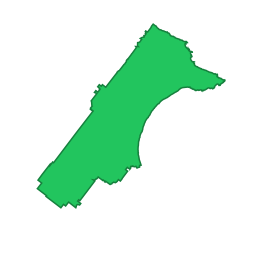 the district of Busselton, Western Australia, Australia, rotated 127°
{"feature_id": "25037944B46798430259876", "entity_name": "Busselton", "entity_type": "district", "adm_level": 2, "iso_a3": "AUS", "parent_name": "Australia", "parent_adm1": "Western Australia", "projection": "albers", "projection_center": [115.148, -33.685], "detail": "fine", "context": "isolated", "style": "filled", "palette": "green", "viewbox_px": 256, "rotation_deg": 127, "n_neighbors": 0, "source": "geoboundaries", "source_scale": "gbopen_adm2", "svg_char_len": 5560}
<svg xmlns="http://www.w3.org/2000/svg" viewBox="0 0 256 256"><g transform="rotate(127 128 128)"><path d="M204.1,168.4L216.6,168.6L223.8,168.5L223.9,163.8L231.0,163.9L231.1,152.3L232.0,152.3L232.1,133.6L227.8,133.5L227.8,130.9L222.9,130.8L223.1,121.7L222.0,122.0L221.1,122.5L220.0,122.5L219.3,122.0L218.6,120.3L216.7,120.3L216.7,124.2L215.0,124.2L215.0,122.7L190.3,122.6L190.3,124.5L189.8,123.6L188.9,123.0L188.5,122.9L187.6,122.9L187.6,122.5L187.1,122.3L185.7,122.2L185.1,122.3L185.1,116.6L184.5,116.6L184.5,114.3L185.0,114.3L185.0,113.7L184.0,113.7L183.9,108.4L183.7,108.4L182.6,107.5L182.1,107.3L181.5,107.5L181.0,107.4L180.4,106.9L179.8,106.8L179.7,106.3L179.5,105.9L179.4,105.4L179.2,105.1L178.4,104.9L178.2,104.7L177.3,104.6L177.2,104.5L175.0,104.6L175.0,102.2L174.9,102.2L172.7,102.1L171.2,102.3L162.7,102.3L162.7,104.9L159.9,104.9L160.0,103.5L159.9,103.2L159.7,103.1L159.7,102.8L159.6,102.6L159.7,102.3L159.5,101.9L159.7,101.7L159.0,101.7L158.6,102.0L158.2,101.8L157.5,102.4L157.4,102.6L157.2,102.7L157.0,102.4L156.6,102.4L156.5,102.2L156.3,101.8L156.1,101.4L155.8,101.4L155.8,101.6L155.7,101.6L155.4,101.4L155.4,100.1L154.9,99.3L153.8,98.6L154.3,97.6L154.2,97.4L154.6,97.0L154.4,96.6L153.7,96.2L153.3,96.1L152.3,95.2L151.4,95.7L150.9,96.3L149.8,95.2L148.1,97.6L146.7,99.7L143.9,102.7L143.0,103.9L141.8,104.9L141.6,104.8L140.6,105.9L140.1,106.2L139.0,107.2L137.5,108.2L137.0,108.6L135.7,109.2L134.7,109.9L132.1,111.6L131.7,111.5L129.4,112.7L128.2,112.9L127.1,113.7L126.5,113.9L124.5,114.5L122.4,114.6L121.4,115.1L120.7,115.2L119.3,116.0L117.7,116.7L116.5,116.9L114.7,117.6L113.1,117.9L111.9,118.3L109.4,118.5L108.4,118.5L107.5,118.2L106.5,118.5L104.6,118.4L102.4,118.9L99.8,119.2L98.7,119.0L96.8,119.1L96.5,118.9L95.5,119.0L92.8,118.7L92.2,118.8L90.3,118.4L90.0,118.0L87.4,118.0L85.0,117.4L83.4,116.8L82.7,116.3L80.7,115.4L79.7,114.8L78.7,114.7L77.4,114.1L77.2,114.2L75.2,113.5L73.8,112.8L72.9,112.5L71.4,111.9L70.9,111.8L70.3,111.3L69.5,111.1L68.8,110.7L67.8,110.4L66.2,110.3L65.7,110.0L64.6,109.8L62.9,108.7L59.3,104.9L59.0,104.1L58.0,103.1L58.1,102.8L58.5,102.5L58.2,101.8L58.4,101.4L58.3,101.0L57.9,100.6L58.1,99.8L57.4,98.8L57.6,98.0L57.3,97.2L57.5,96.8L57.3,96.5L57.1,96.5L57.1,96.2L55.6,95.2L55.6,94.5L55.0,94.2L54.8,93.6L54.4,93.5L53.5,92.7L53.9,91.9L53.9,91.2L53.7,91.3L53.0,91.1L52.7,90.7L52.8,90.3L52.7,90.1L52.3,90.0L51.9,90.0L51.1,89.3L47.6,88.0L47.2,87.4L47.2,87.1L47.1,86.8L47.2,86.4L47.3,86.5L47.2,86.3L47.0,86.0L46.1,85.6L45.7,84.9L45.9,84.2L45.7,84.0L45.4,84.1L45.2,83.7L44.9,83.5L43.9,83.3L43.9,83.6L42.3,83.8L39.9,83.5L39.2,83.2L38.8,82.6L38.8,82.1L39.1,81.4L38.8,81.4L38.6,81.1L38.9,80.7L38.8,80.3L38.3,80.1L38.0,80.4L37.3,80.5L36.9,80.2L35.9,80.0L34.9,79.5L34.5,79.7L34.0,79.3L33.8,79.3L33.7,79.5L33.4,79.5L32.6,79.0L32.2,79.3L31.8,79.2L31.4,79.4L31.4,79.7L31.9,79.8L31.8,80.1L32.2,80.9L32.3,81.6L32.5,81.7L32.5,83.2L32.4,83.6L32.8,84.0L32.8,84.8L33.3,85.5L33.2,86.1L33.4,86.1L33.3,86.6L33.4,87.4L33.4,87.7L33.1,87.7L33.0,88.0L32.3,88.1L31.9,88.7L31.6,88.7L31.5,88.9L31.6,89.0L32.0,88.9L31.8,89.2L32.0,89.2L32.3,89.8L32.2,91.0L32.6,91.2L32.8,91.7L33.0,91.8L33.0,92.2L33.2,92.5L33.3,94.0L33.8,95.5L34.1,95.6L34.4,96.9L34.6,97.2L34.6,97.9L34.9,99.1L35.1,100.7L35.5,101.1L35.7,102.1L36.0,102.8L36.0,103.2L36.6,104.1L36.6,104.7L36.5,105.0L36.8,105.2L36.7,105.5L37.0,106.8L37.1,107.0L37.2,107.5L37.5,109.0L37.3,109.3L37.5,109.9L37.7,110.1L37.9,111.7L37.7,112.7L37.1,113.2L36.9,113.8L36.2,114.0L36.2,114.4L36.2,114.5L36.1,114.9L36.3,114.9L36.1,115.2L36.2,115.5L36.1,115.4L36.0,115.7L35.7,115.6L36.4,116.6L35.6,119.1L34.9,119.8L34.0,120.4L33.5,120.4L33.0,119.9L32.3,120.0L32.0,120.7L32.1,120.9L31.9,121.0L31.9,121.5L31.5,121.5L31.4,121.9L31.3,122.4L31.2,122.5L30.7,123.1L30.1,123.4L29.1,123.1L29.2,124.5L29.6,124.7L29.6,125.3L29.4,125.9L29.2,126.0L28.7,126.0L28.3,126.5L28.3,126.8L28.6,126.9L28.5,127.2L28.8,127.3L28.6,127.6L28.8,127.5L28.7,127.7L28.9,128.0L28.8,128.7L28.7,128.7L28.6,130.0L28.4,130.9L28.0,131.6L27.1,132.7L26.1,133.2L25.8,133.1L25.8,132.7L25.6,132.9L24.9,132.6L24.7,132.3L24.3,132.3L24.1,132.1L23.9,132.8L24.0,132.9L23.9,133.3L23.9,133.7L24.4,134.1L24.7,134.6L25.0,135.0L25.2,135.4L25.4,136.2L25.3,137.6L25.8,138.2L25.8,138.7L26.1,139.1L26.2,139.8L26.3,139.9L26.1,140.1L27.4,143.8L27.6,144.7L27.4,144.9L27.3,145.3L27.6,146.2L27.5,146.9L28.0,147.6L28.3,147.8L28.2,148.2L28.6,149.0L28.5,149.4L28.6,149.7L28.3,150.0L28.4,150.6L27.8,151.5L27.8,152.1L27.6,152.5L28.1,153.3L27.7,154.4L28.2,154.6L28.4,155.8L28.8,156.4L28.9,157.6L29.6,159.1L29.8,159.9L29.7,160.3L30.6,162.5L30.3,163.6L30.4,163.9L30.4,164.9L29.7,166.9L29.7,167.3L30.0,167.8L29.9,168.5L29.9,170.4L32.8,170.5L33.6,170.1L39.5,170.1L39.9,172.3L40.5,172.2L40.3,171.2L41.9,171.2L41.9,170.3L45.1,170.3L45.1,170.5L45.7,169.9L47.1,171.2L49.1,172.1L49.1,170.4L52.6,170.4L54.0,171.7L56.6,169.9L56.8,168.8L58.3,170.9L58.5,170.2L59.1,169.7L65.8,169.6L66.8,169.7L67.7,169.6L72.8,169.6L73.0,169.8L73.4,169.8L73.5,169.6L73.7,169.8L74.2,169.9L75.0,169.9L76.3,169.2L77.6,169.3L78.6,169.1L79.6,169.4L87.4,169.5L88.4,170.1L89.7,170.1L89.9,170.3L90.5,170.2L91.1,169.9L91.8,170.1L108.8,170.3L108.9,170.7L108.8,171.2L108.8,174.5L110.7,174.5L110.7,177.0L113.3,177.0L113.3,174.5L114.1,174.5L114.1,173.9L114.2,173.6L117.5,173.7L117.5,176.2L119.8,176.2L119.3,173.6L128.5,173.7L128.5,173.3L132.2,170.0L132.2,169.8L134.7,169.9L134.8,169.3L135.7,169.3L135.7,167.7L135.4,167.7L135.4,166.1L162.3,166.4L200.5,166.5L200.5,167.7L204.9,167.7L204.1,168.4ZM28.8,122.7L28.7,123.3L29.0,123.5L29.0,122.6L28.8,122.3L28.6,122.5L28.8,122.7Z" fill="#22c55e" stroke="#15803d" stroke-width="1.5"/></g></svg>